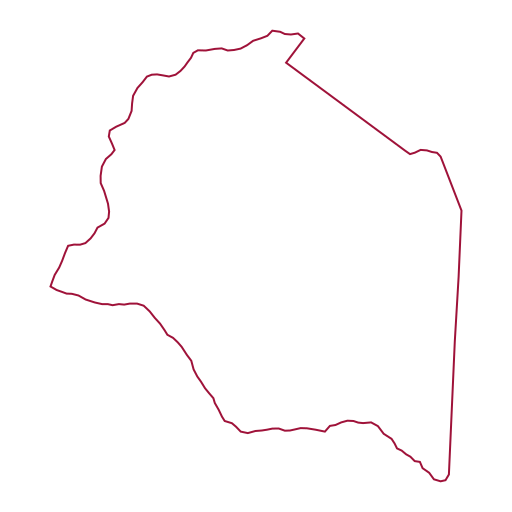 Canápolis, Bahia, Brazil
{"feature_id": "56859067B78655740096110", "entity_name": "Canápolis", "entity_type": "district", "adm_level": 2, "iso_a3": "BRA", "parent_name": "Brazil", "parent_adm1": "Bahia", "projection": "orthographic", "projection_center": [-44.237, -13.1], "detail": "fine", "context": "isolated", "style": "outline", "palette": "rose", "viewbox_px": 512, "rotation_deg": 0, "n_neighbors": 0, "source": "geoboundaries", "source_scale": "gbopen_adm2", "svg_char_len": 1910}
<svg xmlns="http://www.w3.org/2000/svg" viewBox="0 0 512 512"><path d="M50.5,286.5L56.6,290.0L62.0,291.9L66.6,293.6L71.8,293.8L78.5,295.5L85.6,299.5L94.9,302.5L102.0,304.1L107.7,304.1L112.6,305.2L118.9,304.1L124.2,304.6L129.8,303.6L137.1,303.6L143.7,305.7L149.7,311.4L154.8,317.9L160.1,323.7L164.5,330.1L167.4,334.8L173.1,337.9L177.8,342.4L181.7,346.9L186.8,354.8L191.3,360.8L193.6,369.4L197.3,376.5L201.0,381.7L205.0,388.2L209.0,393.1L213.4,398.2L214.8,403.0L218.7,409.8L222.0,416.7L224.7,421.0L231.9,423.2L236.0,426.7L240.7,431.6L247.8,433.1L255.4,431.0L261.8,430.5L267.0,429.7L272.4,428.6L278.7,428.5L284.9,430.7L290.0,430.5L295.0,429.4L300.6,428.1L307.0,428.3L315.6,429.7L324.9,431.6L329.9,425.9L335.5,425.0L341.2,422.4L347.4,420.7L353.5,421.0L358.2,422.6L363.1,423.1L371.1,422.4L377.9,426.1L383.7,433.8L391.6,438.9L394.6,443.5L397.0,448.4L401.7,450.6L406.1,454.3L410.4,456.7L414.7,461.1L419.9,461.9L422.6,468.2L429.2,472.8L433.9,479.3L440.6,481.3L445.5,480.2L448.9,474.5L454.8,341.4L458.6,277.0L461.5,210.6L445.0,167.9L442.8,162.2L440.6,156.6L437.0,152.8L431.9,152.0L426.9,150.4L420.6,149.9L414.8,152.7L410.0,154.1L405.0,150.6L286.1,62.7L304.3,38.5L298.0,33.5L290.9,34.5L284.8,34.0L280.2,31.8L272.3,30.7L267.4,35.8L261.0,38.3L253.1,40.8L247.2,45.1L240.6,48.6L234.0,50.0L227.7,50.5L221.7,48.4L214.8,48.9L205.8,50.5L197.9,50.3L193.3,52.9L191.0,57.8L187.5,62.4L184.6,66.5L180.5,70.9L175.6,74.7L169.0,76.5L163.0,75.4L157.1,74.4L151.8,74.7L146.9,76.6L142.6,82.2L137.5,87.9L133.1,95.8L132.1,103.4L131.6,110.9L128.4,118.9L124.7,122.9L116.2,126.7L109.8,130.5L108.8,136.5L112.2,144.1L114.6,150.0L111.4,154.2L105.9,159.0L101.9,166.6L100.6,175.8L100.7,183.1L104.1,190.9L108.0,203.7L109.1,211.6L108.5,217.9L104.6,223.6L97.5,227.6L94.5,233.3L90.6,238.4L85.4,243.1L80.0,244.7L73.9,244.6L68.1,245.8L65.0,253.1L62.1,260.9L59.2,267.5L54.7,274.9L52.2,281.6L50.5,286.5Z" fill="none" stroke="#9f1239" stroke-width="2"/></svg>